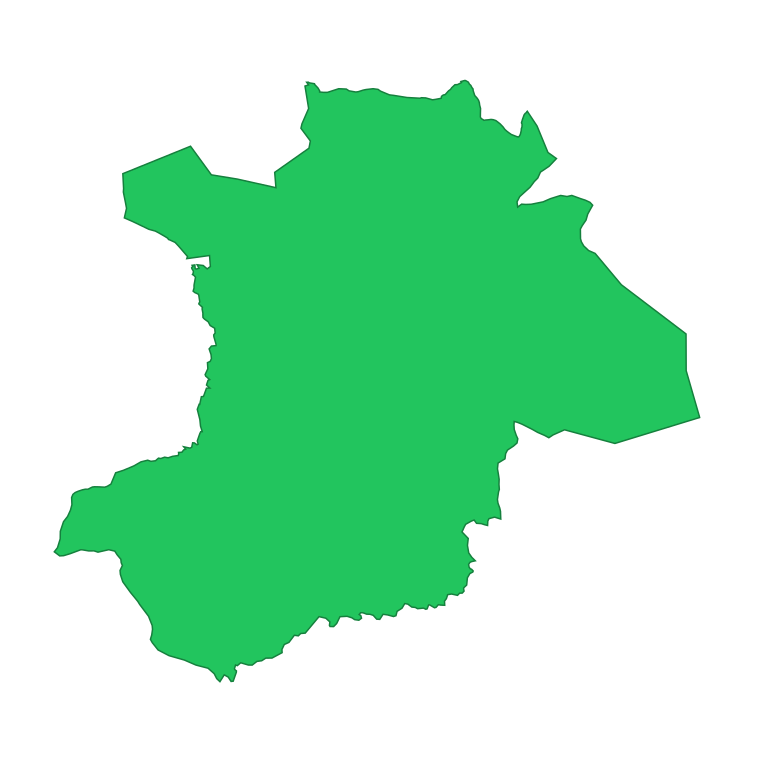 outline of San Andrés Solaga, Oaxaca, Mexico, rotated 274°
{"feature_id": "50627088B53471803847057", "entity_name": "San Andrés Solaga", "entity_type": "district", "adm_level": 2, "iso_a3": "MEX", "parent_name": "Mexico", "parent_adm1": "Oaxaca", "projection": "natural_earth1", "projection_center": [-96.225, 17.275], "detail": "fine", "context": "isolated", "style": "filled", "palette": "green", "viewbox_px": 768, "rotation_deg": 274, "n_neighbors": 0, "source": "geoboundaries", "source_scale": "gbopen_adm2", "svg_char_len": 5528}
<svg xmlns="http://www.w3.org/2000/svg" viewBox="0 0 768 768"><g transform="rotate(274 384 384)"><path d="M575.6,108.8L560.7,110.6L557.3,110.6L547.1,113.4L541.3,114.9L531.6,113.4L528.6,121.8L521.9,138.7L520.6,145.2L519.1,148.6L516.0,155.0L514.4,158.0L513.1,159.0L512.9,159.9L510.7,165.7L507.3,169.4L497.5,179.1L495.3,178.5L500.0,201.0L489.1,202.6L486.5,199.6L489.6,195.4L489.9,189.3L486.6,191.4L485.6,188.9L485.9,187.6L489.6,187.0L489.0,184.3L487.9,185.1L486.7,184.0L485.6,184.3L483.5,185.9L482.4,186.0L480.7,185.8L479.9,185.3L479.0,186.9L477.4,188.5L469.4,187.6L466.4,187.8L463.3,187.1L462.0,188.9L460.8,192.2L459.8,193.0L453.0,194.5L451.5,193.7L450.8,193.8L447.8,197.5L446.2,197.3L442.0,198.4L440.1,198.5L437.7,198.8L436.2,200.4L433.8,204.3L430.2,206.5L427.8,211.2L423.1,212.0L421.1,210.7L419.3,211.0L411.9,213.7L410.6,213.8L409.8,209.2L406.8,207.1L401.3,209.4L397.2,210.1L394.4,209.0L393.0,206.4L386.9,207.2L380.9,204.9L379.4,205.6L376.2,209.8L375.4,208.2L370.6,207.0L367.8,210.5L367.4,207.2L359.0,204.8L358.6,202.7L350.8,201.6L350.9,201.0L345.7,199.5L335.6,202.8L329.2,203.9L323.8,206.0L323.6,204.5L321.6,203.7L314.2,201.7L311.0,202.8L310.3,201.7L312.0,199.0L312.0,197.2L307.5,196.6L306.5,195.0L307.4,188.6L305.2,190.7L304.3,188.8L301.8,187.1L301.4,183.8L299.9,184.1L298.3,183.7L297.1,178.1L295.3,173.8L295.7,170.3L294.1,166.6L294.3,164.2L291.5,161.4L290.6,156.9L291.5,153.6L289.4,147.0L284.8,140.1L279.7,130.0L276.7,122.5L265.1,118.6L262.6,115.0L261.6,112.6L261.5,106.8L261.3,102.5L260.9,100.3L259.7,98.2L258.4,96.1L258.2,93.3L257.4,90.5L255.7,86.4L254.2,83.5L252.2,81.4L249.0,80.3L241.9,81.1L236.2,80.0L229.8,77.6L224.3,73.9L214.5,71.4L206.9,71.8L197.9,69.7L193.6,66.8L189.9,72.5L190.4,76.4L192.8,82.7L197.5,93.1L197.5,95.0L196.9,100.9L197.3,106.4L196.3,110.4L198.3,117.0L199.5,121.0L198.5,127.1L195.0,129.7L190.8,133.7L187.4,134.3L184.7,135.7L179.6,133.7L175.7,134.3L168.5,137.2L166.2,139.1L158.2,145.8L154.2,149.6L149.9,153.6L147.1,155.6L135.9,165.3L126.9,169.6L123.1,170.2L117.4,169.8L113.0,168.8L109.8,170.9L102.9,177.2L98.0,188.5L94.7,204.1L90.5,216.0L88.2,228.3L83.2,234.8L78.4,237.7L75.6,241.1L82.7,244.9L80.8,249.0L76.6,252.2L77.0,254.3L86.1,256.8L87.5,256.8L88.8,255.0L89.5,254.7L93.3,255.5L92.8,257.3L95.9,260.5L94.2,268.2L94.4,272.1L98.4,276.6L99.4,281.3L102.3,285.2L102.8,291.4L108.9,301.1L112.1,300.7L117.2,302.7L119.6,307.2L127.1,312.1L126.8,316.1L129.3,318.3L130.0,322.8L147.4,335.4L146.3,342.3L142.9,346.6L139.4,346.4L138.3,347.1L138.5,350.7L141.8,353.5L148.8,356.3L149.7,363.4L148.5,368.4L146.9,371.1L146.6,375.4L148.8,377.9L151.4,377.0L152.3,375.3L154.2,376.6L154.3,379.0L153.2,382.7L153.3,386.1L152.5,389.4L148.9,393.1L148.9,396.2L154.2,399.1L153.9,403.7L152.7,409.7L153.7,412.1L158.1,412.9L161.6,417.6L166.4,420.0L166.1,423.1L163.4,427.3L163.3,430.8L162.2,433.2L163.2,439.0L162.2,441.4L162.7,442.7L166.7,443.9L166.8,445.0L164.3,450.0L164.8,451.5L167.6,453.6L167.4,455.9L167.5,460.0L171.6,459.5L174.2,461.2L178.3,462.2L179.2,466.0L178.3,472.1L180.6,474.0L180.9,476.7L183.0,478.3L185.2,477.7L186.3,477.8L189.2,480.5L196.5,480.7L200.9,482.9L202.6,485.7L203.7,486.0L205.3,484.3L205.7,482.9L207.4,481.6L210.0,481.0L212.1,482.2L213.0,484.0L214.0,487.4L217.2,483.7L221.4,480.3L228.8,478.5L235.8,478.8L241.9,472.1L243.8,472.9L246.7,473.9L249.7,475.2L253.2,480.5L254.6,483.4L251.5,486.0L251.5,490.8L250.7,493.9L250.1,497.2L254.5,497.1L257.0,498.1L258.9,503.6L257.4,509.9L265.1,509.1L268.4,508.1L273.1,506.0L276.7,505.2L284.5,505.8L286.9,506.4L291.8,505.7L297.0,505.5L302.0,504.4L307.3,503.1L313.1,503.3L317.8,509.9L323.0,510.2L326.7,511.8L331.1,517.5L334.4,520.8L338.7,521.3L342.0,519.5L347.7,517.1L352.2,516.5L355.7,516.5L355.1,519.6L354.4,521.9L353.5,524.6L349.0,535.3L346.5,540.5L343.9,547.8L341.9,552.2L345.0,556.2L350.9,567.3L340.8,618.5L372.6,701.2L373.6,700.9L418.4,684.5L455.0,681.8L457.4,678.2L482.1,640.5L499.6,613.8L529.0,585.5L531.4,578.8L535.7,573.6L539.6,571.0L542.6,569.9L552.3,569.1L555.8,570.7L561.6,574.1L567.7,575.4L573.1,577.9L576.9,579.7L579.6,576.8L581.4,572.1L582.6,567.3L585.2,558.2L583.8,553.5L584.4,547.1L583.5,544.7L580.5,537.1L576.8,530.0L573.6,518.4L573.0,512.8L573.0,508.7L569.8,505.0L575.0,504.0L580.4,506.3L590.5,516.0L596.4,519.8L600.1,523.0L606.3,525.3L612.7,533.5L620.9,540.3L626.4,531.4L652.0,518.7L666.1,507.9L665.6,507.5L664.6,507.0L663.8,506.0L662.3,505.0L657.7,503.7L654.1,502.9L652.8,503.6L650.1,503.7L648.3,503.2L646.3,503.2L642.6,502.6L640.4,501.6L639.8,500.8L640.0,499.4L640.4,498.1L641.8,493.6L643.3,491.1L644.9,488.7L646.4,486.8L648.8,484.8L651.6,481.7L653.5,478.9L654.6,477.2L655.3,474.5L655.4,472.3L654.8,469.4L654.4,466.7L654.0,465.3L654.9,463.9L655.3,462.9L656.0,462.1L657.1,461.5L660.8,461.3L665.6,461.1L668.8,460.0L671.3,459.5L673.5,458.6L675.5,457.1L676.7,455.9L678.1,454.4L682.8,452.5L684.6,452.2L685.9,451.0L687.9,449.8L689.2,448.2L691.0,447.1L692.4,444.2L692.4,443.3L691.1,439.6L690.1,440.3L687.8,436.4L687.5,433.9L684.3,430.9L682.5,429.8L680.9,427.9L677.0,424.9L676.4,422.9L675.0,421.3L673.0,421.1L671.5,415.4L670.9,412.6L672.3,405.7L672.2,401.3L671.6,400.0L671.4,387.0L672.6,373.4L672.8,369.3L675.9,360.1L677.5,357.5L677.8,352.5L676.5,345.5L675.7,342.7L673.8,337.9L673.3,335.5L674.0,328.7L675.6,325.8L675.4,318.2L671.0,307.3L670.7,303.4L670.8,299.4L671.9,299.4L674.8,297.4L677.9,294.0L678.7,293.7L679.2,288.5L679.8,287.6L679.6,285.8L677.1,287.9L675.7,284.4L653.6,289.6L637.8,284.0L633.3,283.3L621.3,293.6L614.0,292.7L587.5,260.2L572.3,262.5L578.2,223.3L580.6,197.2L607.7,174.4L575.6,108.8Z" fill="#22c55e" stroke="#15803d" stroke-width="1.5"/></g></svg>